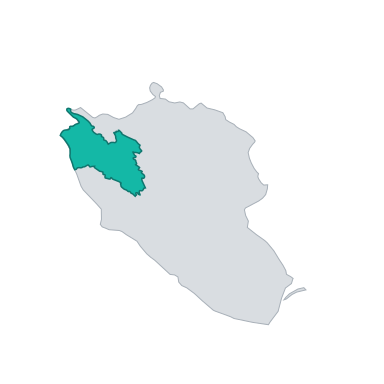 Utenos highlighted on a map of Lithuania, rotated 217°
{"feature_id": "LTU-1074", "entity_name": "Utenos", "entity_type": "County", "adm_level": 1, "iso_a3": "LTU", "parent_name": "Lithuania", "parent_adm1": "", "projection": "robinson", "projection_center": [25.525, 55.493], "detail": "fine", "context": "in_parent", "style": "filled", "palette": "teal", "viewbox_px": 384, "rotation_deg": 217, "n_neighbors": 0, "source": "natural_earth", "source_scale": "10m", "svg_char_len": 6015}
<svg xmlns="http://www.w3.org/2000/svg" viewBox="0 0 384 384"><g transform="rotate(217 192 192)"><path d="M135.9,243.3L133.8,240.0L131.6,234.3L131.9,229.6L133.3,225.0L139.7,211.4L139.4,209.3L135.0,205.5L129.5,202.7L126.5,197.0L115.3,196.7L104.7,197.0L101.4,196.7L91.3,194.3L81.7,190.5L75.2,188.2L69.8,185.7L67.0,183.1L62.3,183.8L59.2,183.8L59.2,183.4L57.5,178.7L59.6,171.6L56.6,161.1L51.4,148.5L51.4,135.1L51.1,132.0L64.9,124.5L82.2,116.3L86.1,115.6L101.9,110.8L104.0,110.4L118.2,111.3L129.2,112.4L138.6,112.3L143.8,111.1L148.4,112.1L152.1,115.7L156.0,115.3L159.9,113.0L180.8,115.1L185.6,115.0L190.9,115.4L200.7,117.6L206.3,119.6L218.8,118.4L224.1,118.3L226.9,117.5L235.5,112.0L239.2,111.1L242.7,110.1L245.8,111.0L247.8,115.6L254.1,123.7L261.0,125.1L280.1,128.2L284.0,129.8L294.8,136.9L301.3,140.4L305.4,143.2L311.7,148.6L315.3,152.6L321.4,155.6L328.6,157.6L331.2,157.9L331.0,160.8L329.8,165.7L327.5,172.0L325.0,176.9L324.4,178.8L326.3,180.4L335.8,181.1L339.8,181.9L340.6,183.2L338.5,184.9L335.5,186.3L334.2,187.7L331.8,192.4L316.1,191.8L314.0,192.8L313.0,195.0L312.2,197.5L310.2,200.6L306.0,203.3L299.4,204.3L294.1,206.1L290.1,211.8L287.1,219.4L287.2,224.8L287.6,227.8L287.3,229.6L285.2,231.4L281.9,236.4L279.2,241.9L278.2,244.9L278.7,246.3L281.8,246.3L286.1,247.5L288.5,249.7L289.4,252.2L289.4,254.9L288.6,256.4L285.0,257.5L279.5,257.6L276.3,256.3L275.6,255.2L277.2,252.6L276.1,249.3L273.8,247.5L269.2,250.2L264.7,250.2L259.4,252.7L255.9,256.6L252.5,258.0L243.5,257.2L241.2,259.0L239.3,266.9L238.2,268.5L230.6,268.1L223.3,271.3L215.1,273.9L210.9,272.1L208.6,270.1L204.1,270.4L199.2,271.3L195.9,270.8L192.2,271.1L185.1,272.6L176.1,272.1L172.3,270.8L172.0,269.5L172.3,266.4L172.2,261.6L170.9,257.3L166.6,253.6L162.2,250.9L156.5,248.2L152.3,247.0L149.9,246.7L149.4,245.2L148.6,243.8L146.7,242.6L142.4,241.0L138.9,240.7L135.9,243.3ZM45.1,182.9L42.1,182.4L48.2,175.0L50.5,170.2L52.3,163.3L53.7,161.2L53.7,164.3L52.9,169.4L49.0,178.3L45.1,182.9Z" fill="#d9dde1" stroke="#a8b0b8" stroke-width="1"/><path d="M331.2,157.9L331.7,159.5L331.9,161.2L331.8,162.9L331.3,164.3L330.3,165.4L329.1,166.4L328.1,167.6L327.9,169.2L328.9,170.5L328.7,171.3L326.9,172.6L326.5,173.3L325.8,175.7L325.5,176.3L324.3,177.9L323.8,179.1L324.0,179.8L324.8,180.2L327.9,181.0L328.7,181.0L331.8,180.4L340.2,181.5L341.4,182.1L341.9,183.2L341.3,184.3L340.1,184.9L338.8,185.2L338.6,184.9L337.6,183.5L337.1,183.2L336.4,183.0L335.7,183.0L333.4,183.5L332.9,183.7L332.5,184.0L330.0,185.1L324.4,186.3L317.5,186.1L314.9,185.6L313.1,184.8L312.2,184.5L311.6,184.5L311.1,184.7L310.6,185.0L309.7,185.1L309.0,184.8L308.7,184.2L308.8,183.6L309.1,182.9L309.4,182.5L309.5,182.0L309.1,181.6L308.5,181.1L307.1,180.7L306.4,180.5L303.2,180.6L302.8,180.7L302.5,180.9L302.1,181.1L301.9,181.4L301.6,181.9L301.4,182.1L301.1,182.4L300.6,182.7L300.0,183.0L299.1,183.1L298.5,183.0L298.3,182.8L298.2,182.5L298.0,182.3L297.7,181.9L297.3,181.9L295.8,182.2L295.3,182.1L294.8,181.8L294.3,181.0L293.7,180.5L291.8,181.2L289.9,180.8L287.7,179.8L286.7,182.4L286.4,182.9L284.8,184.2L283.4,184.9L283.1,185.2L283.0,185.7L282.8,186.6L283.0,187.2L283.2,187.6L284.0,188.3L285.5,189.3L285.8,189.7L286.1,190.1L286.9,190.8L287.5,191.2L288.4,191.5L288.8,191.8L289.3,192.0L289.8,192.1L290.1,192.4L289.9,192.8L288.7,193.5L288.5,193.9L288.6,194.2L288.9,194.4L289.1,194.6L289.0,194.8L288.5,195.2L287.5,195.8L287.4,196.3L287.6,196.8L287.8,197.1L287.5,197.3L286.8,197.3L284.1,196.9L283.6,196.8L283.5,196.5L283.3,196.3L281.7,196.2L276.5,197.1L269.5,198.7L268.9,199.0L268.1,199.1L267.3,199.0L264.1,198.2L261.7,198.1L261.3,196.6L261.2,196.3L260.9,195.9L260.0,195.4L259.3,195.1L257.2,194.7L256.9,194.5L256.8,194.1L257.0,193.4L257.3,192.4L257.2,191.1L259.0,190.6L259.4,190.4L260.2,190.0L261.1,189.5L261.6,189.0L262.1,188.8L262.7,188.7L263.1,188.5L263.2,188.3L262.5,187.9L260.1,186.8L259.5,186.8L259.0,186.9L258.4,186.9L258.1,186.6L257.9,185.8L258.1,185.4L258.9,184.7L259.2,184.3L259.4,183.9L259.3,183.6L259.0,183.3L258.2,183.1L257.5,183.2L256.9,183.4L256.5,183.5L255.9,183.3L255.3,182.6L253.9,181.8L253.5,181.5L253.2,181.2L253.4,179.9L249.5,180.1L249.0,180.0L248.5,179.9L248.5,179.5L248.6,179.1L248.6,178.6L248.5,178.1L248.3,177.6L248.1,177.5L247.7,177.5L245.7,178.2L244.7,178.4L244.2,178.4L244.1,178.1L244.1,177.7L244.2,177.3L243.9,176.9L243.4,176.8L240.9,176.8L240.1,176.5L239.5,176.2L239.2,175.8L238.9,175.4L238.8,175.0L238.7,174.6L238.8,174.2L239.0,173.8L239.3,173.5L240.0,173.2L240.3,173.0L240.3,172.6L239.9,172.1L238.7,171.0L231.7,167.2L232.7,166.0L232.7,165.6L232.6,165.4L232.5,165.2L232.4,164.9L232.4,163.8L232.5,163.2L232.9,162.7L233.5,162.3L234.4,161.8L234.6,161.4L234.5,161.0L234.2,160.2L233.7,159.7L233.1,159.3L232.5,159.0L232.0,158.7L231.8,158.4L232.2,158.2L233.7,157.9L234.0,158.0L234.4,158.3L234.9,158.5L235.5,158.4L235.9,158.1L236.2,157.6L236.2,157.3L235.9,156.9L234.9,156.3L234.6,156.1L234.7,155.6L234.8,155.3L234.8,154.4L238.1,154.8L238.7,154.7L239.4,154.5L240.0,154.4L241.5,154.9L242.0,154.9L242.4,154.7L242.6,154.5L242.7,154.3L243.0,154.1L243.4,154.0L245.0,154.1L245.7,154.1L246.7,153.7L248.2,153.4L251.4,153.6L251.6,153.7L252.3,154.0L252.5,154.2L252.9,154.7L253.2,154.9L253.9,155.4L254.1,155.7L253.9,156.2L254.0,156.4L254.5,156.6L255.2,156.5L256.7,156.3L262.5,154.7L262.9,154.6L263.5,154.6L264.6,154.9L265.0,154.9L265.3,154.8L265.4,154.3L265.1,153.4L265.5,152.9L265.8,152.6L269.7,151.0L270.7,151.7L270.8,152.2L271.2,152.9L271.6,153.2L271.9,153.3L272.2,153.3L272.7,152.9L273.1,152.7L273.6,152.6L274.0,152.9L274.2,153.2L275.2,154.3L277.3,153.5L278.0,153.1L278.7,153.0L284.2,152.8L284.8,152.9L285.0,153.1L285.1,153.3L285.2,153.5L285.3,153.9L287.2,152.3L287.5,151.9L288.3,150.8L288.7,150.6L289.1,150.7L290.1,151.0L291.1,151.1L291.4,150.9L291.7,150.5L292.5,148.5L292.9,147.6L294.3,146.2L294.5,145.4L294.9,144.9L295.5,144.3L296.6,143.7L297.1,143.3L297.7,142.7L298.0,142.3L298.1,141.6L298.1,140.5L299.1,139.2L301.9,140.6L305.1,143.1L310.1,146.2L311.4,147.6L312.6,149.6L315.2,153.0L318.4,154.8L325.5,157.2L328.3,157.8L331.2,157.9Z" fill="#14b8a6" stroke="#0f766e" stroke-width="1.5"/></g></svg>